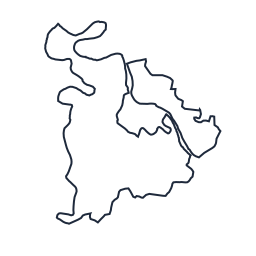 the district of Banha, Al Qalyubiyah, Egypt, rotated 97°
{"feature_id": "37247803B8473784659060", "entity_name": "Banha", "entity_type": "district", "adm_level": 2, "iso_a3": "EGY", "parent_name": "Egypt", "parent_adm1": "Al Qalyubiyah", "projection": "mercator", "projection_center": [31.169, 30.453], "detail": "fine", "context": "isolated", "style": "outline", "palette": "slate", "viewbox_px": 256, "rotation_deg": 97, "n_neighbors": 0, "source": "geoboundaries", "source_scale": "gbopen_adm2", "svg_char_len": 5791}
<svg xmlns="http://www.w3.org/2000/svg" viewBox="0 0 256 256"><g transform="rotate(97 128 128)"><path d="M93.0,131.6L91.2,132.3L90.0,132.9L88.2,133.0L86.9,133.9L85.9,135.0L85.3,135.2L83.4,135.5L79.1,135.6L75.0,136.2L71.6,137.1L69.3,138.1L67.2,138.4L65.0,139.0L61.7,140.3L58.9,141.6L57.9,142.4L57.0,142.5L56.2,143.1L55.6,144.5L55.4,145.3L55.4,147.5L55.8,149.4L57.5,153.6L60.7,158.2L61.3,160.1L63.1,163.1L64.4,166.5L64.6,167.5L64.2,168.7L64.4,170.0L64.3,171.1L63.6,172.9L63.8,173.9L63.8,174.7L63.2,176.6L63.0,178.3L62.5,178.6L62.7,179.9L62.7,181.5L62.3,184.1L61.2,186.2L59.9,188.1L58.2,190.0L57.1,190.8L55.8,191.2L54.5,191.4L53.3,191.4L51.3,191.0L50.2,190.6L49.3,190.0L47.4,188.0L46.5,186.2L45.8,183.6L45.0,181.5L44.7,179.4L44.0,177.0L43.0,172.7L41.6,169.5L40.2,167.0L38.4,165.6L37.2,164.9L36.2,164.2L34.5,163.4L33.0,162.1L31.9,162.2L29.1,162.3L27.9,162.5L26.7,163.0L26.2,164.0L26.0,164.9L25.9,167.2L26.3,168.8L25.9,169.5L25.8,170.3L26.4,172.2L27.0,173.7L27.8,174.8L28.7,175.8L35.0,180.8L38.9,184.5L39.8,185.9L40.5,187.6L42.5,191.1L42.4,193.1L42.2,194.2L41.6,195.8L41.6,196.1L41.4,196.7L40.5,199.0L39.1,201.0L37.0,205.0L35.6,206.7L35.0,208.1L33.9,208.9L33.1,210.1L35.7,211.8L37.6,213.3L38.2,214.5L39.1,215.4L40.1,216.0L41.2,216.9L43.0,218.0L44.6,218.8L45.6,219.0L48.1,219.0L49.0,219.4L50.0,219.3L51.1,219.6L52.5,219.5L55.5,220.1L56.4,220.1L57.3,219.9L59.0,219.9L62.3,218.6L64.9,216.7L66.1,216.1L66.8,215.3L68.0,212.9L68.3,211.9L68.4,210.4L68.8,208.4L68.7,201.6L68.3,199.9L67.0,197.2L66.8,196.4L66.6,194.5L67.0,193.6L67.7,192.9L71.0,191.8L75.0,192.3L76.7,191.9L77.7,191.3L79.0,190.4L80.0,189.2L81.6,185.5L82.6,183.4L84.5,180.2L85.5,179.1L86.7,178.9L88.8,176.8L90.1,174.0L90.4,171.5L91.3,167.9L93.2,165.7L94.8,165.9L96.1,165.8L97.1,165.9L98.8,167.5L99.5,169.0L100.4,170.3L100.0,173.3L98.9,174.9L98.5,176.9L96.6,179.6L95.7,182.1L94.7,184.1L93.9,188.2L94.1,190.6L95.3,193.0L96.7,194.9L97.4,196.4L99.5,198.9L100.7,200.0L102.7,200.5L105.0,201.0L106.7,201.0L109.7,200.6L111.8,195.9L111.9,188.7L111.8,187.8L112.1,186.5L113.5,186.0L115.2,186.6L117.9,187.1L119.4,187.2L121.3,187.1L122.6,187.3L124.1,187.1L125.6,187.1L126.9,186.2L128.7,186.4L129.9,186.6L131.1,187.2L132.8,188.4L136.0,191.0L138.2,191.3L141.0,191.3L144.7,190.6L152.5,187.5L155.1,186.4L158.6,184.5L161.9,182.3L166.1,180.4L168.4,179.9L170.5,179.8L178.3,181.5L181.3,182.5L183.4,183.6L185.1,183.1L188.0,179.8L188.5,178.9L190.9,175.8L192.7,173.3L193.6,172.5L194.5,172.0L195.7,171.6L197.1,171.3L198.5,171.5L203.1,172.6L207.4,172.7L212.3,172.5L216.1,172.2L219.4,171.5L220.9,172.1L221.6,173.8L221.0,176.7L220.8,184.3L221.0,185.4L221.5,186.4L223.1,187.5L225.6,187.7L226.3,186.8L227.1,184.4L229.0,180.8L229.7,178.7L229.9,177.3L229.9,176.0L230.2,174.9L225.0,166.3L223.0,163.6L220.4,162.2L219.1,160.0L217.4,154.9L218.0,155.1L220.9,155.0L222.9,154.0L223.7,149.8L225.4,146.4L221.9,143.9L218.6,141.3L217.0,140.3L215.6,135.8L211.7,135.0L209.0,135.0L203.5,134.4L200.9,132.5L199.3,130.5L198.0,129.6L192.4,129.1L190.6,127.9L188.6,123.4L187.9,120.2L190.6,117.9L195.6,114.4L196.1,112.4L194.5,111.2L194.6,108.5L195.4,106.2L195.4,104.7L192.2,101.9L190.8,98.8L191.0,84.8L190.8,82.4L188.2,80.9L186.6,79.4L182.5,77.8L180.1,77.3L177.8,77.1L176.4,76.3L175.8,73.7L175.5,70.2L175.1,68.3L175.0,64.5L174.7,62.7L173.8,61.5L172.2,60.4L170.3,59.6L168.4,58.0L163.6,57.8L162.3,58.8L160.9,60.2L158.0,65.2L157.0,65.3L155.5,63.9L154.5,63.6L151.2,63.5L149.7,63.0L148.2,62.9L147.5,62.5L145.5,65.6L144.6,66.5L141.8,70.2L140.7,70.9L140.2,71.5L139.9,72.3L138.8,73.3L134.7,75.7L133.7,75.8L132.5,76.2L131.5,76.3L130.7,76.9L129.6,77.2L128.1,78.0L127.0,78.3L124.9,79.7L124.0,79.8L122.2,81.2L118.6,83.1L117.4,84.1L115.2,85.4L113.8,86.8L112.7,87.7L110.8,90.0L110.6,90.7L110.0,91.1L109.7,91.5L109.9,91.9L112.8,93.0L114.6,94.0L115.6,94.4L117.8,94.5L118.6,94.0L120.5,92.4L121.4,90.8L122.7,86.8L123.0,86.1L123.5,85.7L124.3,85.4L125.2,85.3L126.3,85.6L128.1,86.7L128.5,87.6L127.3,90.3L126.0,92.2L124.9,93.4L124.4,94.4L123.7,95.6L123.4,96.3L123.2,97.0L123.3,97.5L123.6,98.0L124.0,98.3L125.4,99.0L126.1,98.8L128.4,99.6L129.0,100.0L130.9,102.0L131.6,103.5L131.8,104.6L131.3,105.9L130.4,107.4L128.9,109.5L127.8,110.7L126.4,112.7L126.3,113.8L126.5,114.3L126.8,114.7L128.1,115.5L129.3,115.8L132.6,116.3L134.7,116.9L135.4,117.0L134.6,118.6L133.7,119.5L133.1,120.5L132.6,123.3L132.5,125.4L131.7,127.6L130.6,128.6L128.8,131.1L124.5,138.9L123.8,139.2L122.2,139.5L121.9,139.2L121.0,139.1L117.8,140.5L116.4,140.8L115.2,140.5L113.7,139.8L111.5,138.6L110.6,137.9L106.2,136.5L103.5,136.3L101.5,136.4L98.2,136.0L96.7,136.1L95.9,136.0L94.7,134.8L93.0,131.6ZM64.3,136.9L72.8,132.7L76.6,130.5L80.8,129.2L85.1,128.5L88.0,128.7L91.3,129.2L93.0,129.0L94.2,128.6L95.5,127.9L98.1,126.0L99.3,125.0L100.4,123.6L101.2,122.4L101.9,120.7L102.4,119.2L101.7,111.6L101.2,109.6L100.9,107.6L100.8,105.6L100.9,104.1L101.5,103.2L102.4,102.8L102.9,101.8L103.6,100.1L103.9,98.4L104.7,96.2L107.3,90.2L107.9,89.0L109.2,87.6L112.7,85.4L114.0,84.4L115.2,83.1L120.1,79.2L121.8,78.5L123.5,77.5L126.4,75.3L131.4,72.8L134.7,70.4L139.0,67.0L141.5,65.4L141.7,64.7L142.1,64.1L143.7,62.9L144.9,61.8L146.0,60.6L146.9,59.3L147.8,57.2L148.5,54.0L143.4,49.3L137.6,41.9L135.7,40.0L133.1,39.0L131.8,38.8L127.8,38.8L119.8,35.9L118.2,37.7L116.4,38.9L114.5,42.5L106.2,43.8L106.0,45.5L106.3,47.5L111.5,48.5L111.1,51.5L111.5,54.1L113.4,56.3L113.6,58.6L112.8,61.3L112.7,61.8L110.8,63.4L109.6,63.5L109.2,61.7L109.7,60.2L109.7,58.7L108.9,58.0L105.3,57.3L101.3,58.6L100.9,59.0L101.3,59.0L101.9,59.5L102.0,74.0L100.1,77.0L94.7,76.8L93.8,78.4L92.9,81.7L90.2,84.5L89.5,85.0L87.0,85.6L83.5,85.6L84.0,88.7L84.1,90.1L82.2,89.7L81.1,89.7L78.1,89.4L75.8,89.3L75.1,89.8L73.3,92.3L72.3,95.6L71.4,100.2L72.6,110.2L71.5,112.3L64.5,118.6L62.6,118.7L59.8,118.2L57.5,118.9L59.5,124.6L60.3,127.8L62.5,133.4L64.3,136.9Z" fill="none" stroke="#1e293b" stroke-width="2"/></g></svg>